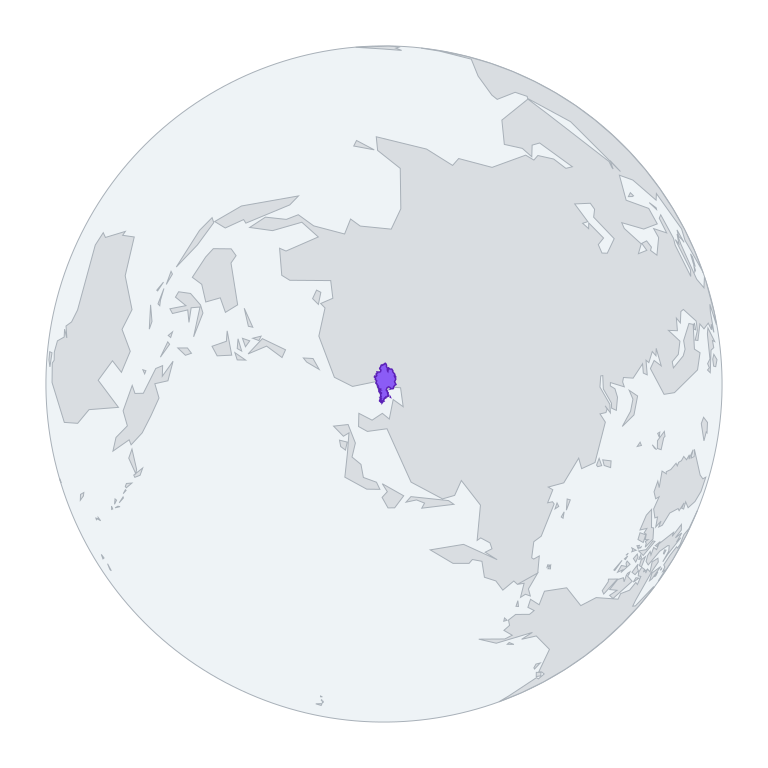 Shandong on an orthographic globe, rotated 115°
{"feature_id": "CHN-1814", "entity_name": "Shandong", "entity_type": "Province", "adm_level": 1, "iso_a3": "CHN", "parent_name": "China", "parent_adm1": "", "projection": "orthographic", "projection_center": [118.824, 36.396], "detail": "medium", "context": "on_globe", "style": "filled", "palette": "violet", "viewbox_px": 768, "rotation_deg": 115, "n_neighbors": 0, "source": "natural_earth", "source_scale": "10m", "svg_char_len": 13381}
<svg xmlns="http://www.w3.org/2000/svg" viewBox="0 0 768 768"><g transform="rotate(115 384 384)"><circle cx="384" cy="384" r="338" fill="#eef3f6" stroke="#a8b0b8"/><path d="M668.5,552.2L668.1,553.7L667.8,554.2L668.5,552.2ZM623.5,145.6L614.0,139.1L585.7,121.7L586.0,119.4L579.1,116.3L578.3,119.3L579.4,122.1L554.6,121.9L548.0,139.5L557.2,151.4L546.4,144.5L571.5,172.7L575.2,190.3L564.0,166.7L557.5,161.6L556.6,171.2L549.7,168.2L545.3,171.4L537.2,167.3L531.3,154.8L525.9,152.2L525.6,159.2L517.2,160.2L518.5,150.1L504.0,151.0L491.5,132.3L501.7,112.0L487.9,101.4L480.1,81.0L473.9,80.9L467.1,74.3L457.4,71.9L458.7,69.6L449.8,69.9L450.5,72.5L446.8,73.7L441.2,72.9L441.9,69.5L444.8,69.4L442.0,68.0L444.8,66.9L440.3,67.0L441.8,63.5L431.9,65.8L426.1,62.1L429.4,60.2L439.9,61.9L473.7,64.6L480.2,64.7L478.9,62.4L453.5,53.9L456.2,54.0L453.6,53.3L477.4,59.2L500.6,66.9L523.3,76.1L545.3,87.0L566.4,99.5L586.5,113.5L605.6,128.9L623.5,145.6ZM447.0,52.0L445.5,51.7L446.5,52.2L433.4,50.5L436.2,52.2L431.2,52.1L429.7,54.0L418.3,52.4L407.9,50.0L408.6,48.6L404.1,47.8L393.9,48.6L386.0,46.5L366.4,46.5L393.4,46.2L420.3,48.0L447.0,52.0ZM702.7,310.7L699.9,305.1L701.9,305.1L702.7,310.7ZM698.0,304.2L699.0,305.6L698.2,304.9L698.0,304.2ZM697.2,305.3L697.8,304.5L697.5,306.1L697.2,305.3ZM696.5,307.7L696.8,306.2L696.9,306.6L696.5,307.7ZM694.3,309.4L693.6,309.7L693.6,307.6L694.3,309.4ZM581.0,124.1L579.0,119.8L582.3,118.6L584.8,122.4L581.0,124.1ZM573.6,127.9L570.8,124.5L578.7,127.1L577.9,128.2L573.6,127.9ZM565.4,161.3L565.1,156.2L567.8,162.3L565.4,161.3ZM546.1,172.6L548.4,175.2L545.1,175.9L546.1,172.6ZM436.1,54.9L433.0,54.5L434.9,54.3L436.1,54.9ZM438.4,56.4L442.8,56.6L444.6,57.4L441.8,57.2L438.4,56.4ZM529.7,170.4L523.8,171.1L528.8,168.1L529.7,170.4ZM432.5,56.1L447.1,58.7L450.1,60.2L442.0,61.2L432.5,56.1ZM519.7,170.1L505.4,172.8L509.2,178.4L490.3,164.8L508.7,166.5L514.3,161.8L514.8,167.0L519.7,170.1ZM453.1,73.8L452.2,70.9L458.2,74.3L453.1,73.8ZM457.9,75.7L481.6,85.8L480.2,90.2L472.5,85.6L474.9,92.6L462.5,89.6L458.4,85.2L461.8,82.8L454.5,83.6L457.9,75.7ZM482.1,157.3L477.8,156.4L481.2,155.0L482.1,157.3ZM445.8,74.5L450.7,75.9L449.8,79.7L439.8,77.6L443.3,77.0L445.8,74.5ZM481.5,96.1L479.1,98.9L468.4,97.2L466.0,98.1L462.1,90.0L481.5,96.1ZM440.7,75.7L434.8,76.6L430.0,74.1L440.9,73.4L440.7,75.7ZM453.8,81.6L452.9,83.4L450.2,81.7L453.8,81.6ZM410.0,67.0L415.9,68.0L415.9,69.9L410.0,67.0ZM432.9,77.1L434.5,77.9L435.2,79.0L430.4,79.1L432.9,77.1ZM454.8,89.6L450.9,88.5L455.9,92.8L448.1,92.1L446.9,87.0L444.1,88.9L441.7,88.8L443.4,84.8L454.8,89.6ZM427.7,82.6L423.4,76.5L412.5,73.9L412.1,71.9L429.8,76.6L427.7,82.6ZM436.8,84.2L431.1,82.6L433.5,80.7L439.0,80.6L436.8,84.2ZM443.2,93.7L455.5,96.0L455.4,97.1L443.2,93.7ZM424.0,82.1L425.1,83.6L422.9,82.1L424.0,82.1ZM436.8,90.4L441.1,91.0L440.9,92.2L436.8,90.4ZM423.7,86.4L422.3,84.3L425.9,84.0L423.7,86.4ZM429.3,88.5L427.8,90.1L428.1,85.2L431.3,88.5L429.3,88.5ZM435.8,91.5L437.0,92.4L434.0,91.1L435.8,91.5ZM410.6,89.1L410.1,83.0L418.1,82.1L417.6,88.1L410.6,89.1ZM148.4,141.8L147.2,142.9L130.5,166.3L126.6,171.9L117.6,179.9L96.3,217.6L102.4,215.1L94.0,244.7L95.3,258.9L115.1,242.2L113.0,218.3L123.4,204.0L133.8,214.1L137.3,236.7L141.5,232.0L148.3,210.1L158.4,208.5L151.8,202.3L147.6,209.8L143.3,206.5L146.9,199.5L150.3,198.9L151.9,191.1L135.2,197.0L129.2,205.3L127.6,191.7L117.4,204.6L113.7,204.7L129.6,183.2L135.1,178.8L156.9,151.4L151.0,154.5L130.0,181.0L132.4,175.9L124.2,181.8L132.4,173.4L156.9,144.9L161.6,134.7L151.6,138.8L154.9,135.6L179.4,115.1L189.9,107.7L174.0,122.4L180.8,118.6L197.8,106.8L191.5,112.7L196.5,110.1L191.8,115.9L198.8,117.3L196.1,123.1L211.9,117.9L212.7,120.5L203.1,122.6L195.0,127.7L189.9,144.2L192.8,145.6L203.4,141.2L200.7,146.9L211.7,140.6L215.2,148.9L220.1,133.9L232.8,129.8L242.0,132.2L247.1,128.5L232.1,124.7L225.3,125.8L218.0,130.8L200.3,133.2L199.3,129.0L221.2,117.4L222.1,110.8L238.7,105.8L269.1,117.1L275.0,125.8L257.4,149.1L248.5,149.1L250.4,140.4L236.6,152.4L243.5,149.4L241.2,154.6L252.7,153.0L251.7,156.6L264.5,149.3L264.5,153.6L256.4,158.2L273.4,160.7L276.9,169.7L281.3,168.6L285.0,165.0L287.0,179.4L290.1,178.1L290.7,172.7L297.3,166.8L309.7,162.3L309.7,167.5L305.2,169.8L295.8,183.1L283.9,189.3L285.1,191.0L295.5,187.0L307.0,170.7L314.5,166.6L310.3,174.4L312.4,171.2L316.1,170.8L319.8,175.6L325.0,167.3L366.0,159.6L377.2,169.1L368.9,176.2L397.6,179.3L408.0,191.6L408.5,186.3L422.5,185.5L419.5,181.5L420.8,179.1L455.5,177.2L463.6,181.6L479.1,176.7L479.4,174.3L474.2,170.6L490.3,164.8L509.2,178.4L507.7,183.1L520.6,189.2L515.2,199.4L516.7,211.3L503.3,220.3L505.7,229.7L510.6,231.1L517.4,245.6L514.8,272.0L495.7,244.1L495.4,207.2L493.7,221.2L487.7,216.5L483.2,220.8L482.6,231.3L486.4,233.5L453.0,245.4L438.8,273.1L455.1,272.9L463.4,282.4L461.5,318.0L423.3,362.4L434.0,379.0L433.3,389.1L421.2,394.4L421.8,379.5L411.3,373.1L413.5,364.4L394.2,369.1L396.5,357.0L380.4,367.4L384.4,377.8L400.5,377.5L385.6,392.8L399.5,411.5L398.9,431.8L368.1,463.3L340.0,469.6L337.8,475.4L327.9,466.6L312.8,476.0L329.8,513.2L328.7,522.6L305.1,536.0L304.9,529.0L278.5,505.7L272.1,526.8L292.1,549.8L298.9,571.9L282.9,562.0L276.1,542.1L266.8,533.2L270.4,514.6L264.7,483.1L248.6,484.0L250.9,472.3L240.6,442.9L218.1,442.8L181.7,460.4L175.0,488.5L163.2,495.5L153.1,444.7L156.9,414.2L148.1,411.6L142.0,377.6L116.7,352.3L117.7,342.8L111.9,341.1L108.4,325.3L111.7,310.3L107.5,305.1L99.8,344.8L104.9,350.7L115.6,346.1L112.0,358.2L116.0,376.2L95.0,388.7L65.0,374.0L69.8,351.4L87.3,274.0L91.2,269.3L91.6,268.6L92.3,267.2L85.9,273.6L91.5,259.5L73.8,308.1L67.4,325.8L64.5,374.6L62.8,375.8L64.2,388.4L78.2,401.7L76.6,408.3L65.2,428.8L52.7,442.2L58.9,474.6L63.9,492.3L57.1,469.5L51.9,446.3L48.3,422.8L46.4,399.2L46.2,375.4L47.6,351.7L50.7,328.1L55.5,304.8L61.9,282.0L69.8,259.6L79.3,237.8L90.4,216.7L102.9,196.5L116.7,177.2L131.9,159.0L148.4,141.8ZM133.0,273.4L140.2,287.3L150.7,267.9L154.4,271.9L156.7,264.2L151.5,266.5L158.9,246.7L167.1,248.7L173.2,241.8L171.1,236.9L155.0,236.8L144.2,264.5L136.6,267.0L133.0,273.4ZM228.5,92.8L222.5,96.6L217.7,97.6L221.2,92.5L228.1,90.7L228.5,92.8ZM215.1,101.9L235.9,93.1L234.6,96.7L231.8,96.0L228.8,99.3L223.5,99.2L201.9,112.1L196.3,114.1L205.8,102.2L205.8,104.7L211.7,100.5L215.1,101.9ZM291.3,71.7L300.3,70.0L285.8,79.7L279.1,80.3L282.1,74.6L291.8,70.6L291.3,71.7ZM415.4,58.2L419.8,58.4L419.6,59.1L415.8,59.6L415.4,58.2ZM412.7,67.3L396.1,58.9L400.3,58.4L385.6,55.1L390.8,52.8L400.2,54.9L393.2,51.2L403.8,52.1L397.8,50.0L418.1,54.8L427.3,56.2L415.1,55.3L410.0,57.2L410.5,58.5L419.0,63.4L436.3,68.1L434.0,71.5L427.8,72.6L423.3,72.0L426.2,69.8L418.1,70.5L418.9,67.0L412.7,67.3ZM356.3,94.8L361.6,90.8L345.4,95.2L346.1,90.2L344.2,91.1L340.3,87.9L332.4,85.8L334.3,83.6L330.4,83.8L327.8,82.0L323.0,81.7L324.8,77.8L319.1,77.3L323.2,75.8L312.9,76.1L321.3,74.3L318.7,72.3L312.0,75.1L332.9,59.0L335.2,55.0L332.5,53.0L347.2,51.3L359.1,52.5L367.6,56.1L363.3,60.8L370.7,59.6L370.8,61.7L364.9,61.8L374.1,63.0L372.6,64.8L380.2,70.5L394.4,72.1L397.5,74.6L391.2,75.0L398.7,77.3L388.9,79.9L390.9,81.9L383.3,86.8L370.0,87.0L373.2,89.3L367.6,93.7L356.3,94.8ZM408.1,90.3L392.0,90.8L384.5,88.5L401.0,80.9L400.5,78.8L410.8,74.7L421.5,78.3L417.6,79.0L416.3,80.6L413.4,78.8L414.7,81.5L409.3,82.8L408.9,85.3L403.8,84.7L408.1,90.3ZM128.8,171.9L127.0,175.3L125.7,179.4L120.5,183.6L128.8,171.9ZM145.2,152.3L144.5,154.2L136.5,161.2L138.5,158.0L145.2,152.3ZM151.0,149.7L145.1,153.7L149.4,149.7L151.0,149.7ZM203.2,124.4L203.3,126.5L200.7,128.1L197.5,128.5L203.2,124.4ZM308.5,109.9L312.7,107.2L314.4,107.8L326.4,105.1L326.9,109.0L319.8,112.2L308.5,109.9ZM110.9,241.7L106.5,241.6L108.0,237.4L109.2,238.2L110.9,241.7ZM110.7,210.7L107.5,220.3L109.3,211.8L110.7,210.7ZM311.0,113.7L315.9,112.0L313.1,115.1L311.0,113.7ZM327.8,111.8L325.7,115.2L328.3,109.2L327.8,111.8ZM76.0,523.0L71.5,511.8L74.6,515.3L74.2,509.0L80.9,526.8L90.8,552.0L76.0,523.0ZM384.8,626.9L395.3,628.5L395.0,629.6L384.8,626.9ZM373.8,622.2L385.8,623.4L371.9,624.6L373.8,622.2ZM390.4,623.8L402.6,622.0L407.8,620.3L406.9,622.7L390.4,623.8ZM365.8,621.7L322.7,616.1L305.9,610.1L309.7,606.5L336.9,611.9L365.8,621.7ZM308.3,606.1L282.9,588.4L249.7,541.0L261.5,545.1L296.6,577.2L294.3,580.7L309.7,593.8L308.3,606.1ZM370.7,591.3L368.3,602.8L344.3,599.3L333.5,595.9L326.1,579.6L330.2,572.3L339.0,573.8L374.1,550.1L386.1,558.0L375.1,568.8L385.0,580.2L370.7,591.3ZM175.9,491.8L181.1,512.0L174.9,511.8L175.9,491.8ZM389.0,531.3L374.4,542.7L388.0,526.9L389.0,531.3ZM397.5,515.7L398.0,522.3L392.6,515.6L397.5,515.7ZM336.8,484.8L327.4,484.8L327.6,480.0L339.6,477.1L336.8,484.8ZM398.2,448.9L396.8,463.3L394.5,468.1L390.9,459.1L398.2,448.9ZM321.8,150.1L304.6,149.0L292.5,152.0L286.1,159.1L287.7,149.1L306.4,144.4L321.8,150.1ZM360.5,157.6L366.0,152.2L368.6,155.4L367.7,157.1L360.5,157.6ZM360.3,153.7L357.7,145.7L364.0,143.3L364.8,150.0L360.3,153.7ZM333.6,128.1L328.5,127.3L330.9,124.7L333.6,128.1ZM496.0,700.6L496.0,698.1L509.7,694.0L503.7,697.9L496.0,700.6ZM606.4,638.4L610.0,634.6L608.6,636.5L606.4,638.4ZM446.4,693.0L380.1,704.4L365.5,702.4L368.9,698.4L355.0,682.9L359.7,683.7L356.3,672.5L395.3,664.3L423.1,643.8L445.2,644.5L461.6,627.8L484.4,626.9L477.7,639.9L501.4,644.6L517.4,614.8L531.9,640.5L549.1,645.0L553.9,657.5L522.9,685.5L505.2,693.5L501.8,693.0L494.4,696.3L482.9,698.2L476.6,693.7L469.3,696.7L476.3,690.9L465.8,696.7L459.8,693.4L446.4,693.0ZM609.2,610.2L612.5,609.1L617.7,610.1L612.3,612.4L609.2,610.2ZM660.0,564.2L661.3,564.8L657.9,568.2L660.0,564.2ZM667.8,554.2L663.7,558.6L668.5,552.2L667.8,554.2ZM627.0,586.5L628.6,587.2L627.3,588.5L627.0,586.5ZM625.7,586.7L627.7,583.0L627.4,585.8L625.7,586.7ZM609.8,579.4L611.9,577.0L612.8,577.8L609.8,579.4ZM410.9,629.0L425.4,620.7L433.5,619.9L410.9,629.0ZM606.9,577.4L601.8,579.2L602.3,577.3L606.9,577.4ZM607.2,573.5L606.7,571.4L609.9,575.4L607.2,573.5ZM597.4,572.0L603.6,573.8L596.6,572.8L597.4,572.0ZM593.6,574.0L589.1,573.7L589.4,572.8L593.6,574.0ZM542.3,591.4L559.4,601.3L545.7,604.3L530.4,598.9L518.6,609.1L491.7,611.6L497.8,605.7L494.1,598.2L466.4,597.4L460.9,592.4L470.7,588.2L452.5,584.8L472.4,581.2L480.6,591.8L491.8,582.0L511.4,581.8L530.5,582.5L546.0,587.5L542.3,591.4ZM472.6,605.4L476.0,605.2L473.0,608.6L472.6,605.4ZM580.3,570.6L587.0,573.7L586.2,575.2L583.0,575.4L580.3,570.6ZM549.5,584.9L566.1,572.0L570.1,571.2L559.1,584.0L549.5,584.9ZM562.1,567.2L569.8,566.5L573.9,570.4L572.3,572.3L562.1,567.2ZM432.0,597.0L431.2,600.1L426.1,597.7L432.0,597.0ZM438.6,595.1L454.2,598.0L437.2,597.8L438.6,595.1ZM392.0,583.3L396.4,591.0L410.6,586.8L399.8,593.2L409.5,605.5L406.3,609.8L396.7,596.6L393.4,609.7L387.2,609.1L383.7,597.6L389.9,583.7L396.2,578.1L421.7,576.5L392.0,583.3ZM438.5,586.1L434.4,577.4L437.5,571.5L441.9,576.1L438.5,586.1ZM422.5,555.8L411.9,544.9L402.1,548.6L422.2,534.2L429.0,547.1L422.5,555.8ZM413.9,532.0L404.7,535.4L414.3,526.9L413.9,532.0ZM402.4,531.6L401.6,523.9L408.8,525.3L402.4,531.6ZM418.6,532.4L420.8,519.5L424.2,527.2L418.6,532.4ZM399.3,506.4L414.2,519.9L394.3,513.4L394.6,487.7L403.1,487.6L399.3,506.4ZM453.7,400.6L452.2,392.8L460.2,391.0L459.0,396.8L453.7,400.6ZM485.0,380.1L461.9,388.0L443.1,395.1L448.5,398.7L443.5,411.9L435.9,399.4L449.6,385.0L463.7,382.1L466.6,370.9L477.4,363.2L476.2,349.3L481.2,343.2L486.6,355.2L485.0,380.1ZM475.1,343.4L477.0,318.9L491.7,322.0L494.6,328.0L487.6,337.8L480.2,335.5L475.1,343.4ZM481.8,314.1L474.7,312.0L462.4,276.3L463.5,269.8L480.6,297.3L474.8,296.9L475.3,305.5L481.8,314.1ZM478.7,159.2L477.9,156.7L481.2,158.8L478.7,159.2ZM418.7,176.9L421.1,173.9L424.9,176.2L418.7,176.9ZM429.6,167.2L423.7,166.7L430.0,165.0L429.6,167.2ZM410.3,166.2L421.3,165.4L410.8,169.4L410.3,166.2Z" fill="#d9dde1" stroke="#a8b0b8" stroke-width="1"/><path d="M379.4,372.9L380.6,373.7L382.7,374.1L384.1,373.6L384.6,374.0L384.8,374.8L386.0,376.2L385.0,376.2L384.6,377.3L384.6,378.7L386.2,379.6L388.4,379.5L389.0,378.9L388.8,378.3L391.0,376.7L390.5,376.4L392.9,375.4L393.8,375.5L394.8,376.2L395.0,376.9L396.0,376.6L396.0,376.9L396.9,377.7L397.3,377.7L396.9,377.6L397.1,377.4L398.8,377.7L399.4,376.9L399.7,377.7L400.0,377.4L402.1,377.8L401.5,378.2L401.9,379.0L401.1,379.5L401.0,379.2L400.8,380.0L401.5,379.9L401.4,380.6L400.9,380.6L401.0,380.9L400.7,381.1L399.9,381.0L400.2,380.8L399.7,380.5L399.7,380.1L399.1,380.8L399.2,380.3L398.6,380.2L398.7,380.6L397.3,381.2L397.2,381.8L396.6,381.6L397.1,381.2L396.4,381.3L396.2,382.0L394.4,382.8L393.6,382.4L393.1,382.6L393.1,383.1L393.6,382.7L394.1,383.0L393.7,384.0L393.1,383.5L392.8,384.0L393.0,384.3L392.7,384.3L392.9,385.4L391.3,386.0L391.0,385.9L391.3,385.1L391.0,384.7L391.0,385.2L390.1,385.0L390.4,386.3L391.0,386.4L390.1,386.9L389.6,387.9L389.2,387.8L389.2,388.5L387.9,388.8L387.5,390.0L386.9,390.4L386.6,391.7L384.2,392.0L383.6,393.8L382.3,394.1L381.7,395.7L380.8,395.8L380.4,394.3L379.7,394.1L379.0,394.3L378.9,395.0L377.8,395.4L376.8,394.6L376.0,395.4L375.0,393.0L374.3,392.4L372.6,392.7L372.1,394.2L371.5,394.6L370.3,394.3L368.1,394.5L367.6,394.0L367.6,393.2L366.5,392.9L366.4,392.3L364.7,391.7L364.9,390.8L366.0,389.6L367.3,389.1L368.1,387.7L369.9,386.9L369.9,386.6L370.7,386.3L371.0,385.8L368.0,386.6L367.2,387.3L368.0,385.1L367.2,383.2L368.2,381.6L369.1,381.3L369.6,380.5L370.6,378.3L371.8,378.1L371.8,377.5L372.4,376.6L372.8,377.5L374.5,375.4L377.5,375.4L379.4,372.9ZM392.8,374.9L393.0,374.9L393.0,375.1L392.8,374.9ZM392.7,374.5L392.8,374.7L392.7,374.5L392.7,374.5ZM392.3,374.6L392.4,374.8L392.3,374.6ZM393.3,372.7L393.2,372.7L393.3,372.6L393.3,372.7ZM393.0,373.4L393.0,373.5L392.9,373.3L393.0,373.4Z" fill="#8b5cf6" stroke="#5b21b6" stroke-width="1.5"/></g></svg>